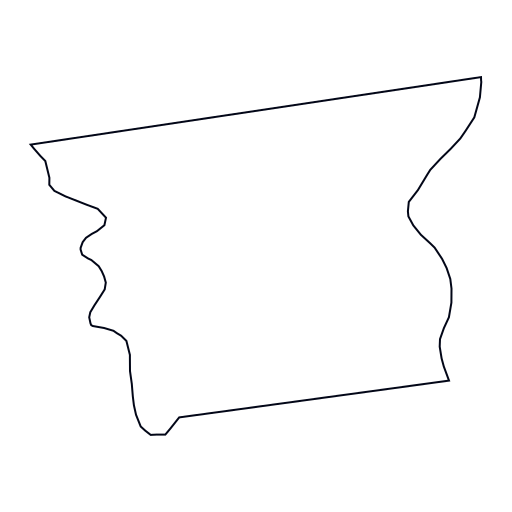 outline of Beyar, Laborie, Saint Lucia
{"feature_id": "8701671B32276542748639", "entity_name": "Beyar", "entity_type": "district", "adm_level": 2, "iso_a3": "LCA", "parent_name": "Saint Lucia", "parent_adm1": "Laborie", "projection": "albers", "projection_center": [-60.991, 13.774], "detail": "fine", "context": "isolated", "style": "outline", "palette": "ink", "viewbox_px": 512, "rotation_deg": 0, "n_neighbors": 0, "source": "geoboundaries", "source_scale": "gbopen_adm2", "svg_char_len": 1140}
<svg xmlns="http://www.w3.org/2000/svg" viewBox="0 0 512 512"><path d="M30.7,144.6L34.2,148.9L40.4,156.0L45.3,161.0L49.4,177.8L49.3,184.8L54.4,190.9L65.5,196.4L87.1,204.9L97.7,208.8L106.0,217.7L104.4,225.2L96.9,231.2L91.8,233.9L86.0,237.8L82.7,242.1L80.6,247.9L80.6,249.6L82.2,254.7L88.1,258.5L91.3,260.0L98.7,266.2L101.7,271.1L104.1,276.5L105.8,282.6L104.7,289.4L100.1,296.7L94.5,305.2L90.3,312.2L89.2,317.3L90.5,323.4L91.2,325.1L92.7,326.0L104.1,328.0L113.5,330.8L116.9,333.2L121.1,335.7L126.4,340.9L129.9,354.9L129.9,358.0L130.0,371.1L131.8,383.9L132.8,396.2L133.9,405.2L136.0,414.7L140.7,426.5L145.3,430.7L150.7,434.9L156.5,434.6L161.1,434.6L165.3,434.6L170.5,428.4L172.3,426.1L176.9,420.3L179.2,417.4L449.0,380.6L443.8,366.5L441.6,358.4L439.7,346.7L440.0,339.1L443.9,328.1L448.9,317.3L451.4,302.7L451.5,288.6L450.3,279.0L446.6,268.0L442.1,258.9L434.6,247.6L430.3,243.4L420.9,234.8L413.3,225.4L408.4,216.4L407.9,211.3L408.8,201.9L417.9,190.1L427.4,174.4L430.3,169.8L440.6,158.7L450.7,148.8L460.3,138.5L465.4,131.1L474.3,117.4L479.9,97.4L481.3,82.0L481.1,80.4L481.0,77.1L30.7,144.6Z" fill="none" stroke="#020617" stroke-width="2"/></svg>